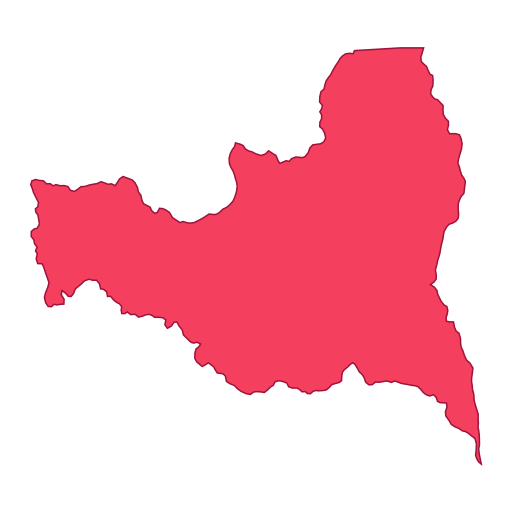 the district of Monte Azul, Minas Gerais, Brazil
{"feature_id": "56859067B54677813263990", "entity_name": "Monte Azul", "entity_type": "district", "adm_level": 2, "iso_a3": "BRA", "parent_name": "Brazil", "parent_adm1": "Minas Gerais", "projection": "equal_earth", "projection_center": [-42.986, -15.214], "detail": "fine", "context": "isolated", "style": "filled", "palette": "rose", "viewbox_px": 512, "rotation_deg": 0, "n_neighbors": 0, "source": "geoboundaries", "source_scale": "gbopen_adm2", "svg_char_len": 5332}
<svg xmlns="http://www.w3.org/2000/svg" viewBox="0 0 512 512"><path d="M302.0,391.8L305.2,391.6L307.5,393.6L310.4,393.7L312.8,391.6L315.3,390.5L318.5,390.8L322.1,390.6L326.0,390.1L329.0,387.7L331.9,384.5L336.5,383.2L339.4,382.4L341.6,380.6L341.7,376.9L342.3,372.6L344.2,369.8L347.1,367.5L350.1,364.5L352.6,362.8L355.0,364.3L357.3,368.2L359.6,372.2L362.0,374.3L364.2,377.8L365.7,382.2L368.8,384.8L372.2,384.7L375.4,382.1L379.4,382.2L382.7,381.7L385.9,381.0L388.5,381.4L391.4,382.4L394.8,381.0L398.1,382.1L400.5,383.1L403.4,383.8L407.3,384.4L411.5,385.3L414.9,385.7L417.8,386.6L420.6,389.2L423.3,392.5L425.8,394.5L429.6,396.0L433.5,394.7L436.3,397.5L437.5,401.4L440.0,402.6L443.2,402.8L446.5,403.1L447.0,407.0L445.4,411.6L445.8,415.9L449.0,420.4L451.2,424.3L454.7,426.7L458.9,428.4L462.2,430.8L465.3,431.5L467.7,432.8L471.2,435.6L475.0,438.6L476.4,443.9L476.2,449.9L475.6,455.1L476.6,458.4L478.5,461.8L481.3,464.1L480.2,458.8L479.2,453.6L478.7,448.6L479.5,444.7L479.4,438.8L479.2,434.5L478.7,430.6L478.0,427.1L478.4,423.2L478.1,418.5L478.2,414.3L476.6,409.0L475.1,404.2L474.1,400.1L473.8,394.4L472.5,389.4L472.2,385.5L471.5,381.0L471.7,377.4L472.3,373.4L472.9,368.0L470.1,363.3L466.5,360.0L464.6,356.0L463.0,351.1L461.1,346.8L460.6,343.5L460.5,338.4L459.0,333.2L456.2,331.2L454.5,327.2L453.5,321.9L450.0,321.9L446.4,321.2L446.1,317.7L447.2,314.1L447.8,310.4L446.8,306.4L444.2,305.1L441.1,301.3L439.1,297.2L437.7,294.2L437.0,290.5L434.4,287.2L430.5,284.6L434.0,282.0L436.2,279.0L436.2,274.6L435.4,269.9L436.8,264.8L437.7,260.4L438.9,256.7L439.8,253.5L440.5,249.5L441.5,244.1L442.8,239.4L443.3,235.6L444.2,231.3L446.9,226.6L449.2,224.2L452.6,223.1L456.0,221.1L458.2,218.2L458.6,214.2L458.2,209.5L458.2,204.0L459.4,200.1L461.2,196.4L463.9,193.4L464.7,186.9L465.4,181.5L463.8,178.1L461.5,174.8L460.4,171.1L459.4,167.0L457.9,163.4L458.4,159.6L459.4,155.9L460.4,152.7L461.5,148.8L462.1,143.8L461.1,138.6L459.4,134.7L455.6,133.7L452.8,133.6L449.6,133.7L447.4,129.7L448.5,125.0L448.4,121.3L445.5,118.3L443.3,114.4L443.0,110.6L443.1,105.5L440.4,102.7L437.6,99.8L434.6,98.8L432.5,96.7L430.7,93.8L431.1,89.5L432.8,86.2L433.1,80.4L432.6,75.5L429.9,74.1L428.3,70.8L426.5,66.5L423.4,63.7L421.3,61.5L420.8,57.2L422.4,52.2L423.6,47.9L400.0,47.9L354.4,50.6L353.2,53.7L349.7,53.3L345.5,53.9L342.3,56.1L340.1,58.5L338.1,62.0L335.5,65.8L332.7,70.6L330.7,74.7L328.7,77.1L326.1,81.0L324.9,84.9L324.0,89.0L320.9,91.8L319.8,96.8L319.6,102.0L322.4,105.4L321.6,108.8L319.8,111.8L321.6,114.8L321.6,118.7L319.9,122.2L319.7,126.7L322.5,129.0L324.5,132.9L325.7,138.0L323.8,141.9L320.4,143.8L316.7,144.3L312.7,144.9L309.9,147.9L308.3,152.5L305.1,156.6L302.5,157.6L299.3,157.3L295.7,157.0L291.6,158.6L289.1,161.4L286.2,160.7L282.4,162.3L279.8,163.4L277.9,160.3L276.0,155.5L271.8,152.9L268.6,150.8L265.5,154.0L260.8,155.5L255.6,153.7L251.9,151.8L248.5,150.9L245.4,149.0L243.2,145.6L240.3,144.2L235.5,142.9L234.5,146.9L232.6,149.2L230.5,153.1L229.1,158.1L229.4,163.5L230.8,167.2L233.0,170.9L234.5,174.9L235.5,178.9L236.6,182.2L237.2,186.3L236.6,191.2L234.8,197.1L233.0,201.1L230.1,204.4L226.8,207.3L222.8,209.2L219.3,212.6L216.1,214.4L212.9,214.5L209.1,214.0L204.8,216.9L201.4,218.9L197.6,220.9L193.8,222.7L190.3,223.1L187.2,222.8L183.0,221.5L179.9,222.6L176.5,220.3L172.5,217.6L169.4,212.4L165.9,210.0L162.7,208.6L159.5,208.3L157.3,212.5L154.6,213.3L151.5,210.5L150.2,207.2L147.1,205.6L143.4,203.6L141.8,199.8L140.9,195.3L138.4,191.9L137.4,187.3L135.0,182.8L132.3,180.0L127.9,178.3L123.0,176.5L119.6,178.9L117.5,182.2L115.2,185.6L111.3,183.8L108.1,184.3L104.7,183.0L101.1,181.7L97.0,183.6L92.8,184.3L89.4,185.0L85.1,186.4L80.9,186.7L78.1,189.0L74.4,191.4L70.4,190.3L67.9,186.5L64.2,185.6L59.8,185.7L56.1,184.6L53.0,185.8L50.3,183.7L46.5,183.8L43.4,180.8L39.2,180.4L35.5,179.5L32.0,180.8L30.7,184.7L32.3,188.5L33.5,192.5L36.1,197.7L38.5,202.5L37.8,206.9L35.4,208.8L35.8,212.1L37.9,215.0L38.6,219.0L39.4,224.1L37.1,228.3L34.2,228.9L31.3,231.5L31.2,236.5L33.8,239.8L34.6,243.9L37.1,247.1L35.5,250.9L37.3,253.8L36.2,258.8L37.7,263.6L42.2,263.8L44.1,268.3L45.5,272.7L47.2,277.4L49.0,282.7L47.7,287.6L45.6,292.6L44.4,297.4L45.7,302.8L48.2,306.5L51.4,306.7L54.0,304.3L57.1,304.9L60.4,304.3L63.9,304.1L64.1,299.3L61.3,294.8L62.0,290.5L65.8,293.4L68.2,296.3L71.1,296.5L73.5,293.6L75.3,288.9L79.0,285.9L81.6,283.7L84.5,280.8L89.1,279.2L92.9,280.3L96.5,280.2L99.4,283.7L100.6,288.9L103.3,289.2L106.7,291.8L107.5,296.5L110.6,296.3L113.5,299.9L116.5,302.3L119.5,303.8L121.7,306.7L121.2,310.1L121.8,313.6L124.9,313.6L127.3,311.9L130.6,314.6L135.2,314.3L138.5,317.1L142.5,316.2L145.6,314.9L148.9,314.3L152.1,315.4L154.6,317.3L158.5,317.3L162.6,317.7L165.8,319.9L164.9,324.8L167.4,328.3L171.5,326.0L174.0,322.3L176.8,321.9L179.2,326.1L182.3,330.1L183.4,334.9L186.3,337.7L189.2,340.7L191.3,342.4L193.8,343.1L197.0,342.2L200.6,344.0L198.6,347.1L196.2,348.7L195.0,352.4L194.8,358.2L196.8,362.0L199.1,363.9L202.2,366.5L205.6,364.6L208.4,362.8L210.9,364.7L213.6,366.7L215.2,369.8L217.3,373.0L220.2,373.4L223.0,373.8L225.4,376.1L226.4,381.4L230.1,383.8L234.1,385.3L237.8,389.0L241.0,391.3L243.5,392.5L246.8,393.8L250.5,394.4L253.6,392.0L256.9,391.6L260.7,391.9L264.3,392.5L267.4,390.1L270.7,386.9L273.3,385.3L275.0,381.9L278.3,380.8L280.9,381.0L283.5,381.8L286.8,383.0L288.7,386.8L292.5,388.1L296.7,388.0L299.4,389.3L302.0,391.8Z" fill="#f43f5e" stroke="#9f1239" stroke-width="1.5"/></svg>